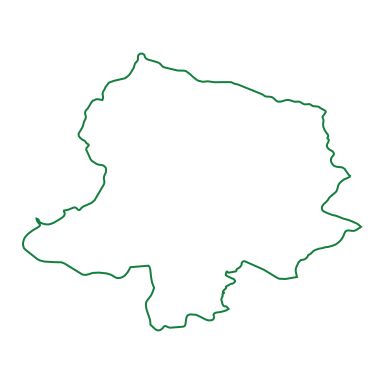 outline of Hövsgöl
{"feature_id": "MNG-3321", "entity_name": "Hövsgöl", "entity_type": "Province", "adm_level": 1, "iso_a3": "MNG", "parent_name": "Mongolia", "parent_adm1": "", "projection": "robinson", "projection_center": [99.984, 50.195], "detail": "fine", "context": "isolated", "style": "outline", "palette": "green", "viewbox_px": 384, "rotation_deg": 0, "n_neighbors": 0, "source": "natural_earth", "source_scale": "10m", "svg_char_len": 5361}
<svg xmlns="http://www.w3.org/2000/svg" viewBox="0 0 384 384"><path d="M142.9,53.9L144.3,54.8L145.0,57.1L146.1,58.6L147.8,59.5L157.5,62.3L159.4,63.2L160.7,64.3L161.7,65.6L162.9,66.8L164.5,67.4L177.5,70.5L184.4,70.7L186.1,71.2L190.2,74.3L193.9,77.7L197.7,80.5L202.7,81.8L207.9,81.3L214.1,82.2L231.0,82.1L234.4,83.7L238.2,84.6L262.4,94.4L265.1,96.3L267.5,96.7L269.8,96.7L272.1,97.2L274.3,98.8L276.3,100.8L278.2,101.7L280.4,101.7L285.6,100.2L288.1,99.9L290.6,100.4L294.7,101.8L297.7,101.6L299.2,101.7L300.3,102.1L303.3,103.9L304.8,104.4L309.3,104.1L310.3,104.4L312.3,105.8L313.4,106.2L317.7,106.5L319.0,107.1L320.0,107.8L325.2,110.7L325.8,111.9L325.0,113.4L322.6,116.6L322.5,117.3L322.8,118.0L323.3,119.3L323.5,120.5L323.4,121.7L323.1,124.1L323.3,126.8L324.4,129.6L326.0,132.2L327.5,134.2L328.1,135.2L328.2,136.2L327.9,137.2L327.4,138.1L328.8,139.9L328.4,141.9L327.3,143.8L326.8,145.8L327.6,147.9L329.2,149.4L332.8,151.5L334.0,153.6L333.5,155.2L332.2,156.7L331.1,158.5L330.9,160.6L331.5,162.7L332.7,164.6L334.1,165.9L336.7,166.8L342.3,167.4L344.6,168.9L348.9,175.1L350.7,176.3L350.8,176.3L350.7,176.3L347.7,177.9L344.1,179.4L341.6,181.2L339.5,183.3L339.0,184.0L338.3,185.4L338.0,186.3L337.3,189.2L336.3,191.4L335.8,192.0L333.8,193.8L332.6,194.7L331.5,195.7L330.1,196.8L328.6,198.5L328.3,199.5L325.8,202.3L323.6,204.2L322.4,206.0L322.0,207.3L321.9,208.5L322.2,209.6L322.5,210.2L323.0,210.9L323.9,211.5L327.1,213.0L331.8,214.8L336.5,215.9L343.9,218.8L348.0,219.8L352.6,221.6L357.3,223.8L358.9,225.0L361.0,226.9L356.3,229.9L354.4,230.8L353.8,230.9L352.5,230.9L349.3,230.5L348.2,230.4L347.0,230.6L345.9,231.1L345.4,231.6L344.9,232.4L343.1,236.6L341.5,239.3L340.8,240.2L338.6,242.3L336.1,244.2L335.1,244.7L332.5,245.7L327.9,247.0L325.5,247.2L322.8,248.0L318.6,248.8L315.2,250.0L314.0,250.7L312.9,251.5L310.7,253.7L308.1,255.3L307.7,256.4L307.0,257.4L305.5,258.8L304.2,259.4L303.3,259.7L300.9,260.0L299.0,261.8L298.2,263.0L296.2,267.5L295.8,268.7L295.7,269.9L295.8,271.7L296.8,276.4L297.0,277.0L285.4,279.0L279.1,278.7L277.1,277.8L263.8,269.7L246.2,261.9L244.6,261.2L243.1,261.4L242.4,262.0L242.2,262.4L241.9,262.8L241.7,263.1L241.6,263.4L241.5,264.8L241.3,265.4L240.6,266.4L239.6,267.4L237.5,268.7L236.5,269.6L236.5,270.1L236.4,270.7L236.1,271.3L229.4,272.6L228.2,272.6L227.1,271.5L226.3,272.2L226.1,273.1L226.0,274.1L225.8,274.5L226.0,275.2L226.5,275.7L227.1,276.1L233.9,279.2L235.0,280.7L235.0,280.9L235.0,281.3L234.6,282.1L234.2,282.5L233.0,283.4L232.6,283.6L232.1,283.7L231.8,283.7L231.1,283.8L230.4,284.1L228.1,285.5L227.3,285.8L226.1,286.4L225.9,286.7L226.0,287.1L226.2,287.4L226.2,287.8L225.9,288.3L225.1,289.1L224.1,290.0L223.2,291.1L222.9,291.8L222.9,292.1L223.8,292.4L224.0,292.7L224.1,292.9L223.8,293.2L222.7,294.1L222.5,294.4L222.4,294.7L222.6,295.1L222.7,295.5L222.7,296.1L222.2,296.9L221.7,298.1L221.4,299.0L221.3,299.9L221.4,300.4L222.0,301.6L222.1,302.4L222.3,303.4L222.5,304.2L223.1,305.2L223.5,305.7L223.8,305.9L224.1,306.1L224.9,306.3L226.0,306.5L226.4,306.6L226.7,306.8L227.3,307.4L228.6,308.9L226.0,310.5L221.0,311.9L215.6,312.7L214.1,313.6L213.5,314.9L213.9,316.4L214.0,317.8L213.2,319.5L211.5,320.2L209.4,320.4L207.7,320.2L206.1,319.7L197.5,315.4L195.4,314.7L190.0,314.4L188.8,314.8L187.5,315.5L186.8,316.6L186.3,318.1L185.5,324.1L184.9,325.6L184.0,326.4L182.9,326.7L170.1,327.7L168.7,327.4L167.5,326.9L166.3,326.3L165.2,326.0L164.4,326.2L163.7,326.8L162.9,327.9L161.8,329.0L160.1,330.1L158.5,330.4L157.2,330.3L155.4,329.3L150.5,324.8L150.1,320.1L146.6,309.7L146.1,307.0L145.9,304.9L146.0,303.3L146.3,302.2L146.7,301.2L150.9,295.6L151.9,293.7L152.8,291.6L153.9,288.3L154.0,287.4L153.4,286.0L152.0,282.3L151.2,278.0L150.2,269.1L149.7,267.5L149.3,266.5L148.3,265.7L130.5,267.2L127.7,272.2L124.6,275.8L121.4,277.6L119.9,277.9L117.7,278.1L116.5,277.8L115.2,277.3L112.7,275.7L110.6,274.6L106.6,273.4L98.6,272.6L93.0,272.9L91.4,273.3L89.6,274.0L85.9,274.9L83.2,274.7L81.9,274.2L64.7,263.6L61.4,262.3L55.5,262.2L44.7,261.6L40.0,260.5L37.2,259.0L25.4,249.7L23.9,248.0L23.1,245.3L23.0,244.1L23.1,242.4L23.7,240.2L24.1,239.0L25.0,237.4L25.7,236.4L28.5,233.5L33.2,230.0L38.2,227.2L39.5,226.1L40.1,225.3L39.8,224.5L37.7,221.9L37.2,221.1L36.9,220.4L36.7,219.6L36.5,219.0L36.5,218.6L37.3,218.9L38.4,219.5L38.9,220.8L40.3,222.7L43.2,223.8L46.5,224.4L48.7,224.4L51.1,223.8L53.8,222.7L58.6,219.9L62.5,217.4L64.3,215.6L64.8,213.4L64.2,212.1L63.8,211.2L64.0,210.6L68.3,209.7L73.5,207.6L74.8,207.4L76.0,207.8L77.9,209.6L79.0,210.1L80.0,209.7L81.5,207.9L83.3,206.5L91.4,203.0L94.7,200.1L103.8,184.5L104.2,183.4L104.4,182.0L104.3,180.8L103.8,178.5L104.1,176.2L106.0,172.0L106.1,169.6L105.7,167.8L104.7,166.5L103.4,165.6L101.9,165.1L98.4,164.6L96.9,164.1L92.6,161.4L91.4,160.4L90.5,159.1L87.9,153.3L86.2,149.7L86.4,148.2L88.8,145.3L88.5,144.5L86.8,143.4L86.0,142.6L85.5,141.7L84.9,141.0L82.2,139.6L80.2,137.9L78.7,135.8L78.6,133.6L82.3,127.5L83.2,125.2L83.7,122.8L84.1,121.7L85.7,118.4L85.9,117.3L85.7,115.9L85.1,113.4L85.1,112.4L85.5,111.1L86.1,110.2L87.7,108.5L88.4,107.5L91.1,102.8L92.2,101.3L92.8,100.6L93.7,100.4L96.2,99.3L97.7,99.2L102.3,100.0L102.9,98.7L103.1,97.1L102.6,94.0L102.9,92.3L103.5,91.0L104.9,88.6L105.4,87.3L108.8,82.7L114.0,80.8L124.9,78.3L126.7,77.1L128.5,75.6L130.1,73.8L133.8,67.7L134.7,64.4L135.2,63.3L137.3,61.0L137.8,60.0L137.9,58.8L138.0,56.4L138.3,55.2L140.1,53.7L142.4,53.6L142.9,53.9Z" fill="none" stroke="#15803d" stroke-width="2"/></svg>